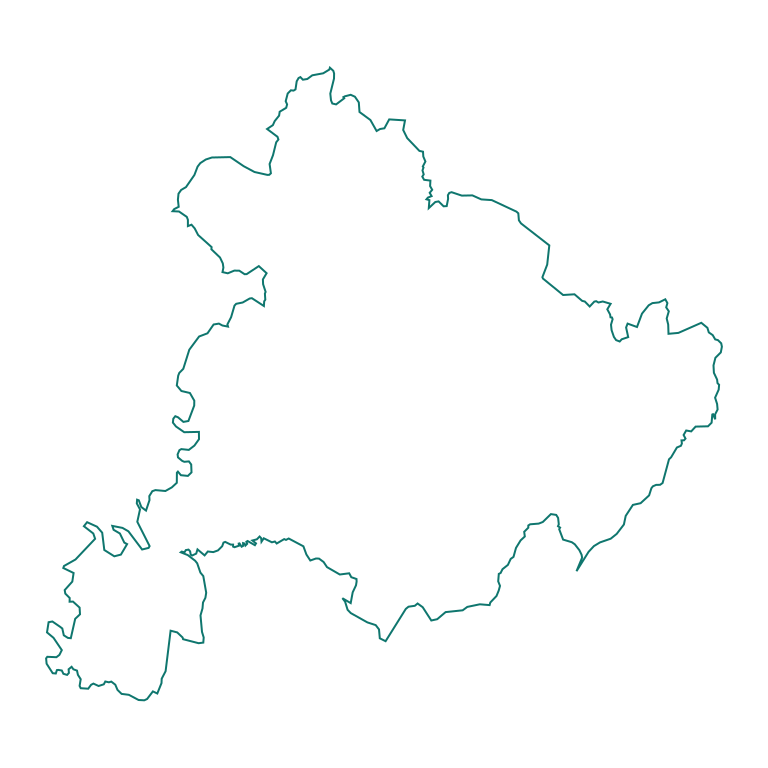 Coatzingo, Puebla, Mexico
{"feature_id": "50627088B82635679663989", "entity_name": "Coatzingo", "entity_type": "district", "adm_level": 2, "iso_a3": "MEX", "parent_name": "Mexico", "parent_adm1": "Puebla", "projection": "natural_earth1", "projection_center": [-98.173, 18.574], "detail": "fine", "context": "isolated", "style": "outline", "palette": "teal", "viewbox_px": 768, "rotation_deg": 0, "n_neighbors": 0, "source": "geoboundaries", "source_scale": "gbopen_adm2", "svg_char_len": 6051}
<svg xmlns="http://www.w3.org/2000/svg" viewBox="0 0 768 768"><path d="M47.3,656.8L46.1,658.4L46.6,663.7L52.7,673.2L55.8,673.5L56.9,670.1L58.2,669.9L61.8,670.5L63.4,673.8L67.1,674.9L68.9,672.9L68.6,669.3L71.6,666.8L73.4,669.3L77.0,670.6L77.9,674.8L80.7,679.2L79.6,685.9L80.7,688.2L88.2,688.7L91.1,684.8L93.4,683.6L98.6,686.0L103.8,684.3L105.3,681.5L108.9,682.3L111.3,681.6L115.3,684.7L117.5,689.9L121.6,693.9L128.8,694.8L138.6,700.0L144.3,700.3L147.1,699.0L152.9,691.4L157.3,693.5L161.5,683.1L161.7,678.7L165.6,671.2L170.6,630.7L177.2,632.4L182.6,637.5L183.1,639.2L198.6,643.2L203.3,642.6L203.7,637.5L202.0,631.9L200.5,615.4L202.5,608.4L203.0,602.5L205.4,597.8L206.2,592.7L203.3,576.1L200.4,572.6L197.2,563.3L195.1,560.7L187.8,555.1L180.8,552.3L181.7,551.6L184.5,552.3L185.8,550.1L188.5,549.6L190.1,551.3L190.7,554.6L192.2,555.5L196.2,553.6L197.5,549.4L204.6,555.4L207.8,551.5L213.3,552.1L218.0,550.4L222.2,546.2L223.5,542.6L225.2,541.9L230.7,544.6L233.1,544.6L233.1,546.6L234.5,547.2L239.0,545.7L238.7,543.6L239.5,543.4L241.6,546.7L243.1,545.9L243.1,543.1L244.5,543.5L245.4,545.6L247.2,543.8L246.4,541.7L247.6,541.0L254.9,545.2L256.0,543.4L252.4,540.5L256.9,539.3L259.6,536.5L261.2,538.2L261.5,541.7L263.8,538.3L271.9,542.3L274.9,541.5L276.7,543.5L284.2,539.1L286.0,539.9L288.7,538.5L303.4,546.3L306.4,554.5L310.3,560.5L316.0,558.5L319.0,558.6L323.6,562.0L327.0,567.1L339.8,574.5L349.2,573.3L351.3,577.2L356.5,579.0L356.6,581.6L356.0,585.3L352.7,592.3L350.7,603.1L342.4,598.2L345.1,601.7L347.6,609.8L350.8,613.1L367.4,622.4L375.7,625.1L379.0,629.4L379.8,638.3L385.6,641.2L405.8,608.9L408.5,606.7L414.8,605.8L417.6,603.5L422.7,607.2L431.3,620.5L437.2,619.2L445.6,612.1L462.7,610.3L467.3,606.9L479.8,604.3L489.6,605.1L490.3,602.5L496.5,596.0L498.7,590.6L500.0,585.9L498.2,581.3L498.8,573.9L500.6,573.0L502.5,569.2L507.9,564.9L510.7,558.9L513.5,556.9L516.0,547.9L520.6,540.4L524.8,536.5L524.2,531.8L528.3,527.7L528.3,525.5L530.1,524.3L538.7,523.6L542.8,522.0L550.9,514.1L556.2,514.9L558.1,517.9L558.8,524.3L558.0,526.2L560.1,527.6L559.2,529.2L563.1,539.6L571.8,542.2L574.8,544.3L579.4,550.2L581.6,554.8L582.1,557.7L576.5,571.2L588.6,551.8L593.9,546.1L600.0,542.4L610.7,538.7L616.7,533.9L623.9,524.5L625.7,515.9L632.9,504.9L640.6,503.2L649.1,495.4L651.4,488.2L652.9,486.3L656.1,484.9L660.1,484.8L662.6,483.0L669.0,459.3L671.1,457.3L676.9,447.5L680.9,445.8L681.9,443.5L681.5,440.4L684.0,440.3L685.5,438.6L683.6,435.0L686.2,430.5L691.2,431.4L695.6,426.6L708.0,426.3L711.6,422.7L712.3,414.5L713.0,414.2L715.2,419.3L715.1,414.4L717.6,409.5L717.1,404.0L715.1,397.7L718.7,389.6L719.1,384.8L717.5,383.1L717.1,379.6L713.9,372.8L713.5,365.4L715.4,357.8L720.8,352.4L721.9,346.7L721.2,343.3L717.9,340.1L715.2,339.4L712.7,335.1L708.8,332.4L707.4,327.8L701.3,322.8L678.4,332.9L668.5,333.8L668.2,324.6L666.7,318.5L668.8,311.3L666.2,307.4L667.4,303.1L665.3,299.3L659.0,302.4L652.4,303.1L648.7,305.3L642.0,313.6L637.0,327.0L627.6,323.6L626.1,327.5L628.2,337.1L621.7,339.3L619.7,341.5L616.1,340.1L613.9,336.9L611.6,330.2L611.0,324.7L612.6,319.2L612.0,317.5L610.5,317.3L610.1,314.5L607.3,309.3L610.6,303.8L602.8,301.5L598.4,302.5L596.2,301.2L594.3,301.6L589.7,306.5L584.8,301.5L582.2,300.9L574.5,294.3L563.1,295.0L543.0,278.6L542.4,277.2L547.2,264.6L549.3,245.4L521.0,223.4L518.9,220.3L518.3,213.3L516.4,211.6L491.8,200.1L481.3,199.4L472.4,195.4L461.8,195.6L451.6,192.2L449.3,192.9L447.9,195.2L448.1,198.8L446.7,206.1L443.6,206.3L438.6,201.4L435.3,202.0L428.8,208.1L429.4,200.1L426.5,199.3L427.9,197.6L431.6,196.1L429.7,192.8L432.2,189.8L430.1,186.1L430.4,180.6L424.1,179.8L422.3,176.6L423.7,174.4L422.5,170.4L423.5,167.5L422.8,166.5L425.4,161.5L423.3,156.5L423.0,151.7L419.4,150.9L407.2,138.1L403.2,130.0L405.0,120.4L389.2,119.4L384.4,128.3L380.1,129.0L376.6,131.0L370.4,120.0L359.5,112.0L358.8,102.4L354.9,96.7L350.7,94.8L344.9,96.3L343.4,97.1L344.2,98.3L336.1,104.4L332.3,103.5L331.0,100.3L330.3,93.6L334.0,78.6L334.1,73.5L333.3,70.8L329.9,67.7L329.3,69.6L323.2,73.3L312.3,75.3L307.3,79.0L302.9,79.7L300.4,77.1L298.6,78.0L296.7,81.3L295.5,89.4L293.6,90.6L290.9,90.3L287.7,93.5L285.7,101.2L287.1,104.4L286.2,107.8L279.7,111.7L279.1,115.6L274.7,121.1L272.9,125.1L267.1,129.0L277.5,136.8L278.4,139.5L276.2,142.3L273.0,155.2L269.6,164.0L270.9,173.3L269.3,174.8L267.4,174.9L254.5,172.0L243.7,166.2L230.3,157.1L211.9,157.5L205.8,159.5L200.3,163.1L197.6,166.6L194.4,175.0L186.0,187.1L181.2,189.9L178.5,193.7L177.9,199.8L178.7,206.8L174.2,209.1L172.6,211.2L179.0,211.5L186.8,216.9L187.9,219.8L187.9,226.1L191.5,224.7L194.7,228.4L198.1,235.0L211.6,247.1L211.4,249.3L220.0,257.5L222.8,263.4L223.4,267.6L222.5,272.1L227.8,273.3L234.3,270.6L239.3,270.7L244.6,274.2L246.7,274.1L258.8,266.1L266.6,273.2L262.9,279.4L263.1,284.2L265.6,291.9L264.9,293.6L265.3,299.7L264.2,301.3L263.9,306.0L251.9,298.2L249.7,298.5L242.7,302.5L236.2,303.8L234.5,305.6L231.1,317.2L227.4,324.4L228.0,326.6L222.4,325.5L218.9,323.6L213.6,324.5L207.5,333.3L199.1,336.5L189.3,349.7L183.3,368.8L179.3,372.9L178.2,375.7L176.8,385.5L181.4,391.0L189.9,393.0L194.3,400.7L194.2,405.6L188.4,421.0L183.4,421.9L178.0,417.3L175.3,416.2L173.3,418.7L172.9,422.6L176.0,426.5L184.2,432.2L198.9,431.9L199.0,439.2L194.4,445.6L188.8,449.9L181.3,449.1L179.4,450.2L177.6,454.4L178.0,457.4L182.2,460.9L184.3,461.8L188.9,461.4L191.2,464.5L191.5,472.4L187.9,475.9L180.9,475.2L177.9,471.6L176.9,472.7L176.8,482.8L171.8,487.4L165.4,491.0L155.4,490.1L152.3,491.2L149.3,496.1L149.5,500.1L146.0,510.6L141.3,507.0L138.8,500.3L137.1,499.7L136.8,503.4L140.0,509.4L137.3,521.8L149.6,546.1L148.6,547.9L142.1,549.5L128.4,531.3L122.5,527.9L112.3,525.9L113.6,529.8L119.9,533.5L124.3,542.6L127.1,544.1L120.9,554.6L114.3,556.3L104.3,550.0L102.2,532.7L97.0,526.7L87.1,522.2L83.9,526.2L93.3,533.5L95.1,538.8L75.5,559.5L64.0,566.0L63.3,568.0L73.6,573.0L72.3,581.6L64.7,590.1L65.3,593.6L69.7,598.0L69.6,601.7L73.0,601.6L79.6,607.6L80.0,614.3L75.2,618.8L70.8,638.2L67.9,637.9L63.8,635.3L62.3,628.5L60.1,626.8L52.4,621.5L48.6,622.2L47.0,632.4L53.5,637.8L61.8,650.1L59.4,654.9L56.4,657.2L47.3,656.8Z" fill="none" stroke="#0f766e" stroke-width="2"/></svg>